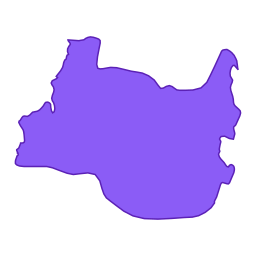 Los Ríos, Equal Earth projection
{"feature_id": "CHL-2701", "entity_name": "Los Ríos", "entity_type": "Region", "adm_level": 1, "iso_a3": "CHL", "parent_name": "Chile", "parent_adm1": "", "projection": "equal_earth", "projection_center": [-72.592, -40.02], "detail": "fine", "context": "isolated", "style": "filled", "palette": "violet", "viewbox_px": 256, "rotation_deg": 0, "n_neighbors": 0, "source": "natural_earth", "source_scale": "10m", "svg_char_len": 3168}
<svg xmlns="http://www.w3.org/2000/svg" viewBox="0 0 256 256"><path d="M238.2,69.8L234.4,65.4L233.1,65.4L231.4,67.5L230.5,70.0L230.0,73.1L230.3,76.1L232.6,80.1L232.1,82.4L231.0,84.9L230.4,87.4L230.8,90.4L232.7,96.3L233.3,99.3L233.5,102.3L234.0,104.3L235.1,105.9L238.8,109.3L240.2,110.9L240.6,113.0L239.8,115.9L235.8,124.8L235.2,125.6L234.5,126.1L233.8,126.8L233.6,128.0L233.8,129.5L234.6,132.5L234.8,133.9L233.4,139.2L229.4,138.5L224.7,136.2L221.1,136.5L219.7,138.4L219.6,139.3L220.4,140.5L220.8,141.6L220.6,142.8L220.2,144.1L219.4,148.3L219.3,149.7L219.8,151.1L219.7,151.6L218.7,153.6L218.6,154.6L219.4,157.0L220.9,159.1L224.1,162.6L226.3,165.9L227.1,166.6L228.4,166.9L228.9,166.4L229.1,165.7L229.6,165.2L231.0,164.6L231.7,164.7L233.0,165.5L233.8,166.4L234.2,167.7L234.4,169.0L234.3,170.4L233.8,172.7L229.5,182.8L228.4,183.9L227.1,183.8L222.6,182.5L221.4,183.0L220.5,184.6L216.6,197.0L214.7,200.7L214.4,201.7L214.5,203.0L211.1,207.7L205.3,212.3L198.6,215.7L192.4,217.1L184.2,217.5L172.0,218.4L157.9,219.1L144.3,218.6L133.0,215.9L123.9,211.2L116.6,205.8L110.7,201.3L106.4,197.9L103.9,194.0L102.0,188.6L99.8,180.8L95.2,174.5L87.9,172.9L80.0,173.7L73.3,174.5L67.0,173.2L59.6,170.5L52.5,167.8L46.8,166.5L41.7,166.5L35.8,166.5L29.7,166.5L23.9,166.5L19.5,166.0L16.9,165.0L15.7,163.9L15.4,163.4L15.4,161.6L15.6,160.1L16.5,157.6L17.0,156.0L17.9,155.3L18.2,154.5L18.1,153.8L17.9,152.9L17.6,152.4L17.4,152.6L17.3,151.8L16.7,150.5L16.7,149.7L18.4,148.4L18.9,147.8L20.5,143.8L20.6,143.0L21.8,143.0L23.1,142.9L24.2,142.2L24.6,140.7L24.1,134.8L23.7,131.8L23.1,129.8L20.3,125.5L18.8,122.5L19.1,121.1L20.1,120.5L22.0,117.5L23.0,116.4L24.2,116.0L27.4,116.4L29.6,115.2L32.6,112.2L37.4,111.2L39.6,109.9L41.5,108.0L43.3,105.9L44.9,103.2L45.7,102.4L47.3,102.1L48.3,102.3L49.4,102.9L50.2,103.7L50.6,104.5L50.8,107.6L51.5,111.0L52.7,112.8L54.2,111.7L54.8,108.9L54.5,105.7L53.6,102.8L52.3,100.7L51.7,98.3L52.4,95.3L53.6,92.2L54.1,89.7L53.4,86.9L52.0,84.9L51.2,83.0L52.3,80.7L56.2,78.8L57.5,77.6L56.2,76.4L60.6,70.8L62.6,67.4L63.4,64.4L63.6,63.0L64.2,61.3L65.0,59.8L66.0,59.2L66.3,58.4L66.5,56.8L67.1,55.2L68.5,54.4L67.5,51.5L67.6,48.9L68.7,46.6L70.3,44.3L70.2,43.4L68.1,40.6L68.0,39.9L70.8,40.1L73.5,40.3L76.3,40.5L79.0,40.7L80.2,40.4L81.5,40.2L82.7,40.0L83.9,39.8L84.3,39.5L84.7,39.2L85.1,38.9L85.5,38.5L86.2,38.2L87.9,37.4L90.4,36.9L93.4,37.3L96.4,38.2L98.7,39.1L100.1,40.5L100.2,43.0L99.1,48.5L97.5,56.7L96.7,64.4L97.8,68.3L100.2,68.9L103.0,68.7L106.4,68.1L110.6,67.4L116.6,67.7L123.9,69.4L131.2,71.2L137.0,72.1L142.4,73.1L148.6,75.8L154.2,80.0L158.0,85.2L160.6,88.4L163.3,88.1L166.3,86.4L169.4,85.6L172.2,86.6L174.5,88.3L176.8,89.9L179.7,90.3L185.2,90.3L193.0,90.0L201.0,87.9L206.8,82.4L210.5,75.1L214.7,66.3L218.6,57.8L221.6,51.2L222.8,50.1L224.6,49.7L226.3,49.5L227.0,49.5L227.4,49.8L227.9,50.0L228.3,50.2L228.8,50.5L229.2,50.8L229.6,51.0L230.0,51.3L230.5,51.6L230.9,52.0L231.4,52.4L231.8,52.8L232.3,53.2L232.7,53.8L233.2,54.3L233.6,54.8L234.1,55.3L234.5,56.1L234.9,56.9L235.3,57.6L235.7,58.4L236.0,59.0L236.3,59.7L236.5,60.3L236.8,60.9L237.0,62.8L237.3,64.6L237.5,66.5L237.7,68.3L237.9,68.7L238.0,69.1L238.1,69.5L238.2,69.8Z" fill="#8b5cf6" stroke="#5b21b6" stroke-width="1.5"/></svg>